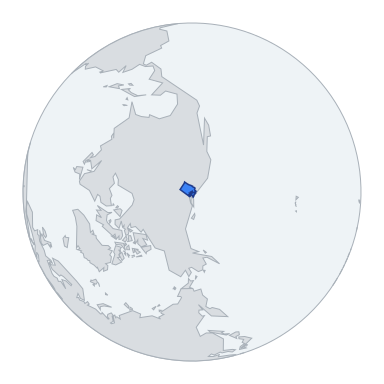 Washington on an orthographic globe, rotated 218°
{"feature_id": "USA-3519", "entity_name": "Washington", "entity_type": "State", "adm_level": 1, "iso_a3": "USA", "parent_name": "United States of America", "parent_adm1": "", "projection": "orthographic", "projection_center": [-122.689, 47.279], "detail": "fine", "context": "on_globe", "style": "filled", "palette": "blue", "viewbox_px": 384, "rotation_deg": 218, "n_neighbors": 0, "source": "natural_earth", "source_scale": "10m", "svg_char_len": 13830}
<svg xmlns="http://www.w3.org/2000/svg" viewBox="0 0 384 384"><g transform="rotate(218 192 192)"><circle cx="192" cy="192" r="169" fill="#eef3f6" stroke="#a8b0b8"/><path d="M55.4,288.1L55.8,289.0L55.7,288.9L55.4,288.1ZM306.7,316.1L318.2,301.8L317.7,300.4L310.9,303.4L303.2,296.8L306.9,288.1L304.5,286.7L312.4,271.0L309.2,263.0L306.1,263.7L303.7,269.4L292.2,269.8L286.8,264.3L244.7,267.3L239.0,264.4L236.7,257.3L211.8,236.1L227.6,257.9L220.0,254.9L211.9,247.6L214.0,245.0L205.3,233.1L197.0,229.0L188.2,212.5L188.1,189.3L192.2,192.5L191.7,186.9L186.5,182.6L183.2,181.3L174.4,158.9L158.0,146.8L150.0,149.2L154.0,144.2L136.8,153.3L126.1,152.4L140.0,149.8L142.8,146.7L136.4,144.0L137.9,140.4L135.6,137.2L138.0,133.2L145.9,132.4L147.6,129.9L143.0,128.2L142.4,123.4L149.0,126.3L148.7,118.3L161.9,116.3L177.5,128.5L186.6,125.2L207.5,132.5L207.4,129.0L215.3,130.0L218.1,126.4L221.2,129.1L220.8,123.9L217.4,122.1L216.1,119.4L217.5,117.2L221.6,120.1L221.6,121.7L223.5,121.4L225.0,123.9L225.0,121.5L229.9,125.6L227.1,118.4L232.7,119.1L235.4,122.7L232.4,126.3L231.1,144.9L232.9,150.3L238.4,154.0L254.6,151.9L257.7,156.5L263.9,159.7L263.5,155.2L258.5,151.1L259.2,143.8L253.0,140.1L252.4,136.7L247.1,131.6L250.9,128.2L257.4,127.8L261.9,132.0L264.9,132.0L263.0,124.9L273.8,130.1L285.0,129.2L287.4,131.2L288.0,140.3L281.9,148.0L282.6,161.2L285.2,148.6L291.3,154.4L293.6,153.9L295.0,151.4L293.9,147.7L296.6,149.0L295.1,161.6L292.6,160.6L293.1,156.5L290.3,160.3L289.3,169.4L292.5,172.0L287.6,184.2L289.8,186.3L290.0,190.4L286.8,186.1L292.5,194.3L287.2,211.7L294.9,226.2L284.1,218.4L278.3,220.3L271.8,224.3L273.0,226.8L262.8,229.6L256.2,238.9L257.5,252.4L264.1,259.9L275.0,255.3L276.5,248.8L283.6,243.7L282.3,259.9L295.2,254.5L296.1,264.7L300.3,267.3L305.9,262.2L311.9,260.3L314.8,251.8L320.1,243.7L321.7,251.1L323.5,241.3L327.2,241.9L336.9,230.2L336.6,232.8L345.0,231.2L351.7,223.1L353.3,225.4L352.7,229.9L354.5,226.5L354.5,228.5L359.4,213.5L359.9,210.7L358.2,222.6L355.6,234.4L352.1,246.0L347.9,257.2L342.8,268.2L337.0,278.7L330.4,288.9L323.2,298.5L315.3,307.6L306.7,316.1ZM104.9,253.3L105.3,249.8L107.3,252.8L104.9,253.3ZM104.0,247.0L104.2,248.4L103.7,247.2L104.0,247.0ZM102.6,245.8L103.6,246.7L102.4,246.0L102.6,245.8ZM100.7,244.6L101.8,245.1L101.6,245.2L100.7,244.6ZM296.1,231.8L310.7,229.4L304.2,235.7L305.1,233.4L301.1,232.9L294.1,234.5L287.9,240.4L296.1,231.8ZM98.1,241.5L97.5,240.7L98.6,240.8L98.1,241.5ZM298.6,219.4L296.2,220.4L298.3,218.8L298.6,219.4ZM181.4,181.3L186.2,183.0L190.4,188.4L186.2,187.3L181.4,181.3ZM173.8,171.4L176.4,171.0L176.7,176.7L175.1,175.2L173.8,171.4ZM143.9,152.0L147.5,153.2L143.5,153.3L143.9,152.0ZM134.9,137.4L133.4,138.3L132.9,136.3L134.9,137.4ZM245.4,133.8L246.2,132.7L246.8,134.2L245.4,133.8ZM242.3,132.7L242.3,135.3L240.9,135.2L240.9,133.6L242.3,132.7ZM136.0,128.5L135.6,125.1L137.4,128.3L136.0,128.5ZM242.6,129.7L238.3,134.6L235.7,134.4L233.6,128.3L242.6,129.7ZM136.3,123.1L135.3,115.3L131.9,116.5L141.0,109.1L138.8,117.9L141.5,121.6L138.3,121.0L136.3,123.1ZM215.8,122.6L219.4,124.3L215.1,124.9L215.8,122.6ZM213.3,123.7L202.1,130.1L197.4,126.7L202.1,125.1L195.1,122.5L198.3,117.5L202.9,117.9L205.3,121.0L204.8,116.8L213.3,123.7ZM146.1,106.4L147.1,104.5L147.6,106.4L146.1,106.4ZM215.3,118.3L213.4,119.8L209.2,116.9L212.2,113.3L212.6,115.4L215.3,118.3ZM191.6,124.3L189.0,121.6L191.0,116.9L190.2,115.2L198.0,117.1L191.6,124.3ZM214.2,115.0L213.8,111.7L217.0,111.1L216.8,116.7L214.2,115.0ZM206.9,117.6L205.1,116.1L207.0,115.8L206.9,117.6ZM228.2,107.7L226.0,109.4L223.7,107.9L228.2,107.7ZM213.4,110.5L212.3,110.7L211.2,110.4L211.6,108.2L213.4,110.5ZM198.8,113.8L200.2,112.4L195.7,112.7L197.0,109.3L202.0,111.3L200.4,109.0L200.8,108.0L204.4,110.8L198.8,113.8ZM208.4,105.0L215.2,106.7L219.7,103.8L221.9,105.0L214.3,109.4L208.4,105.0ZM205.7,108.1L207.9,106.4L209.6,108.6L209.1,111.1L205.7,108.1ZM196.1,106.4L192.9,111.1L191.9,110.5L196.1,106.4ZM209.4,103.7L207.7,103.4L209.5,103.3L209.4,103.7ZM199.8,105.1L198.8,106.7L197.7,106.0L199.8,105.1ZM205.3,101.4L207.5,101.9L207.2,103.5L205.3,101.4ZM202.5,102.7L201.3,101.4L205.8,103.9L202.2,103.6L202.5,102.7ZM198.9,104.1L198.0,104.3L199.5,103.5L198.9,104.1ZM204.9,95.0L210.8,97.7L210.2,101.3L204.7,98.1L204.9,95.0ZM349.9,131.8L349.8,131.7L345.9,122.8L342.9,118.1L314.4,79.7L311.0,74.4L291.5,56.2L289.5,54.5L294.7,57.9L292.2,56.0L301.7,63.5L310.6,71.6L318.9,80.4L326.5,89.8L333.5,99.6L339.7,110.0L345.2,120.7L349.9,131.8ZM259.3,37.0L259.5,37.1L242.7,30.9L227.2,26.7L243.5,31.1L259.3,37.0ZM226.3,26.6L226.0,26.5L233.9,28.8L227.8,27.8L236.4,29.8L234.7,29.0L240.0,30.4L241.9,31.3L239.7,30.8L243.9,32.4L253.5,35.0L252.8,34.5L265.4,40.0L265.4,39.8L269.9,42.1L271.2,43.2L269.2,42.5L274.2,47.8L277.4,48.9L273.0,44.2L275.4,45.7L279.7,47.9L278.4,47.5L282.4,53.0L292.1,60.7L308.7,72.9L313.5,78.6L315.7,83.2L305.4,77.9L295.8,66.0L292.1,64.5L290.4,67.3L287.6,63.6L285.8,63.5L281.8,59.5L272.6,55.1L268.0,51.6L261.0,51.3L257.7,49.7L262.8,50.2L263.9,48.9L252.0,41.6L248.8,40.6L245.1,41.1L242.3,39.3L240.4,40.8L231.9,38.0L240.6,42.9L236.6,44.3L229.6,43.7L229.8,45.1L241.2,46.2L244.3,45.9L244.5,44.2L254.4,45.0L259.2,47.3L254.7,50.2L261.1,54.0L254.8,55.2L228.0,50.7L218.5,48.5L210.1,40.4L214.3,39.5L219.4,41.8L217.8,37.8L216.4,39.0L214.1,37.7L209.7,39.1L207.8,38.2L206.8,41.3L204.0,40.4L204.7,38.5L195.8,40.4L189.1,39.6L188.0,40.5L188.7,41.7L179.8,40.2L179.3,41.0L182.1,41.7L183.0,43.8L181.2,47.0L178.2,46.3L178.5,45.0L174.5,41.6L175.6,38.6L174.2,38.7L172.5,41.2L177.4,45.3L177.1,47.5L174.2,45.6L175.2,46.5L174.2,47.4L170.3,47.7L173.3,49.9L165.7,62.0L157.4,64.2L155.7,60.9L147.2,69.9L138.6,72.5L141.1,73.0L138.8,78.2L141.5,77.4L142.5,78.1L137.8,91.9L134.3,95.0L135.2,102.3L136.5,102.7L139.1,100.8L141.0,109.1L131.9,116.5L129.3,115.1L125.3,121.0L120.1,117.3L114.0,117.2L110.6,110.3L106.0,111.1L105.0,113.4L98.0,116.5L87.1,115.8L100.4,106.3L117.6,107.2L111.0,105.7L113.8,103.2L112.3,101.0L107.5,100.5L106.1,102.2L105.4,88.0L96.6,83.3L94.0,89.7L89.1,93.5L76.8,95.6L69.8,86.4L63.2,92.9L60.7,94.4L61.7,90.8L65.4,88.5L69.3,83.7L71.2,83.2L74.1,77.3L77.0,76.3L77.8,72.5L74.0,75.4L70.4,80.7L69.8,78.4L62.1,86.5L57.8,90.5L58.4,88.6L66.5,78.9L75.2,69.9L84.6,61.5L94.6,53.9L105.2,47.1L116.2,41.0L127.6,35.8L139.4,31.4L151.5,28.0L163.8,25.4L176.3,23.8L188.8,23.1L201.4,23.3L213.9,24.5L226.3,26.6ZM327.2,92.5L328.7,94.0L327.2,92.5ZM204.1,23.5L206.7,23.8L200.9,23.4L200.6,23.7L204.3,24.0L214.2,24.6L210.8,24.1L204.1,23.5ZM337.2,229.7L338.5,229.7L337.1,231.7L337.2,229.7ZM304.3,239.7L306.9,237.9L308.6,238.1L306.8,240.1L304.3,239.7ZM324.2,222.1L326.7,220.2L324.5,223.6L324.2,222.1ZM312.8,228.8L322.1,223.9L317.7,231.3L311.6,234.4L315.3,230.3L312.8,228.8ZM299.3,225.1L301.1,224.5L301.2,226.4L299.3,225.1ZM300.1,218.2L299.5,218.9L298.2,218.2L300.1,218.2ZM291.4,153.7L291.6,152.7L293.5,150.8L293.5,153.0L291.4,153.7ZM296.4,135.7L300.7,138.3L297.7,137.8L298.5,141.1L293.2,144.4L288.4,132.5L291.5,137.1L296.4,135.7ZM284.7,146.0L288.6,144.9L284.5,146.5L284.7,146.0ZM279.5,67.8L279.3,65.9L282.6,66.9L288.3,72.3L283.7,70.8L279.5,67.8ZM278.3,63.1L272.2,65.1L268.4,62.1L271.6,63.4L269.6,61.2L274.2,62.7L276.4,58.3L279.5,59.0L288.5,68.0L283.9,64.5L284.4,66.5L278.3,63.1ZM263.7,78.5L261.0,80.1L256.1,71.4L259.2,70.9L265.1,76.0L265.1,79.6L263.7,78.5ZM239.8,118.3L239.1,120.1L237.9,119.2L237.6,116.9L239.8,118.3ZM227.3,108.6L241.6,109.7L241.5,111.7L250.0,110.4L253.1,115.3L247.5,116.0L256.2,119.0L252.4,121.5L258.3,123.1L245.6,124.0L242.5,126.7L244.8,121.7L242.0,117.1L239.9,115.9L231.6,114.6L223.7,118.5L219.7,114.8L219.0,111.1L220.3,109.6L222.5,112.4L222.6,108.4L226.8,111.4L227.3,108.6ZM212.9,75.1L214.9,78.2L216.0,72.1L220.1,74.4L220.0,73.6L224.1,74.1L228.9,73.5L230.4,75.0L231.6,74.1L234.3,74.6L236.5,73.9L239.9,76.6L242.8,76.0L242.8,77.6L246.9,76.0L245.4,78.4L248.8,79.5L248.5,76.6L261.6,94.1L268.3,100.2L274.8,104.1L271.3,108.1L263.0,107.2L253.0,103.8L247.1,97.6L246.6,100.8L243.6,98.8L245.2,97.1L240.9,98.6L238.9,96.6L230.0,94.6L225.0,98.2L221.6,97.8L222.6,95.3L218.6,96.6L218.1,91.8L215.7,91.4L212.8,86.4L216.0,82.3L213.0,82.2L210.7,78.7L212.9,75.1ZM204.3,93.5L207.2,87.6L210.9,86.1L214.4,95.4L216.7,96.4L219.1,102.7L213.6,104.9L213.5,102.8L212.0,101.4L214.3,101.3L211.4,100.3L211.1,97.5L208.7,96.1L210.3,94.5L204.3,93.5ZM285.6,51.9L283.7,50.5L280.4,48.4L283.1,49.8L285.6,51.9ZM288.5,55.6L286.6,54.1L288.8,54.8L290.7,56.3L288.5,55.6ZM283.7,53.0L286.3,54.0L286.0,54.4L283.7,53.0ZM260.8,49.1L258.5,47.9L259.0,47.5L261.1,47.9L260.8,49.1ZM216.9,58.8L217.4,60.5L216.3,60.6L214.1,64.0L210.9,62.7L210.9,60.2L216.9,58.8ZM213.0,58.0L212.5,59.5L211.1,57.9L213.0,58.0ZM208.4,62.0L206.5,60.5L210.2,63.0L208.4,62.0ZM52.8,96.2L54.3,94.2L54.5,94.1L52.2,97.2L52.0,97.4L52.8,96.2ZM184.4,51.7L191.1,48.1L193.7,45.2L191.8,42.8L197.3,44.8L193.3,49.3L184.4,51.7ZM168.3,60.6L170.0,63.1L167.4,63.4L166.6,62.8L168.3,60.6ZM170.6,61.2L176.2,61.7L176.0,64.0L171.6,63.1L170.6,61.2ZM194.8,58.9L197.0,57.9L198.0,59.1L194.8,58.9ZM52.9,286.1L54.7,288.9L53.1,286.8L52.9,286.1ZM55.7,288.9L53.7,286.6L55.4,288.1L55.7,288.9ZM39.2,264.0L40.3,266.2L40.0,265.8L39.2,264.0ZM38.6,262.8L38.4,262.2L39.1,263.9L38.6,262.8ZM31.2,243.8L31.4,244.1L31.8,245.3L31.2,243.8ZM30.2,240.3L29.3,237.3L29.1,236.7L30.2,240.3ZM29.7,238.3L29.3,236.8L30.6,241.5L29.7,238.3ZM27.5,230.2L28.9,235.8L27.5,230.1L27.5,230.2ZM27.1,228.5L26.4,225.2L27.1,228.5ZM25.0,217.8L26.1,223.7L26.1,224.0L25.7,221.9L25.0,217.8ZM24.0,210.4L24.2,211.5L24.2,211.4L24.0,210.4ZM23.5,204.7L23.9,209.1L24.4,213.6L24.4,213.4L23.5,204.7ZM54.2,104.3L56.4,102.3L55.6,105.1L54.3,105.7L54.2,104.3ZM54.9,113.6L56.1,105.3L57.4,99.1L55.6,101.9L53.3,102.5L57.6,97.2L58.8,99.9L57.3,105.0L59.9,104.4L60.5,107.7L64.7,105.3L65.9,106.6L61.6,110.5L54.9,113.6ZM66.6,104.1L74.2,102.1L71.3,108.7L69.0,110.7L66.8,108.7L68.4,105.2L66.6,104.1ZM75.2,103.6L76.9,100.4L91.5,92.8L93.9,93.0L81.2,101.7L82.1,99.3L79.0,100.1L75.2,103.6ZM145.3,104.5L146.9,104.5L145.3,105.7L145.3,104.5ZM144.1,77.6L145.2,78.7L143.3,79.9L144.1,77.6ZM147.4,82.7L148.8,80.5L148.6,83.1L147.4,82.7ZM151.6,75.7L149.9,79.8L149.7,75.5L151.6,75.7Z" fill="#d9dde1" stroke="#a8b0b8" stroke-width="1"/><path d="M191.9,186.9L202.9,186.6L203.5,194.2L203.7,194.6L203.8,194.9L203.7,195.0L203.9,195.3L199.5,195.6L199.4,195.8L198.4,195.9L198.2,196.0L197.7,196.2L197.3,196.3L197.1,196.5L196.9,196.5L196.6,196.6L196.2,196.5L195.7,196.8L195.4,196.8L195.2,196.9L195.1,196.7L194.9,196.6L194.3,196.6L194.0,196.6L193.8,196.6L193.5,196.8L192.9,197.0L192.5,197.0L192.3,196.9L192.0,196.9L191.9,196.8L191.9,196.7L191.9,196.4L191.8,196.1L191.8,195.8L191.7,195.7L191.4,195.4L191.1,195.2L190.8,195.3L190.6,195.2L190.4,195.0L190.1,195.0L190.0,194.9L189.8,195.0L189.7,194.9L189.6,195.0L189.4,194.8L189.2,194.9L189.2,195.0L189.2,194.5L189.2,193.9L189.3,193.9L189.3,194.1L189.3,194.6L189.5,194.5L189.5,194.4L189.6,194.2L189.4,193.9L189.6,194.0L189.5,193.8L189.5,193.7L189.7,193.8L189.8,193.8L189.8,193.7L189.6,193.5L189.4,193.6L189.2,193.6L189.1,193.1L189.2,193.3L189.3,193.3L189.3,193.2L189.2,193.2L189.3,193.1L189.7,192.9L189.3,192.8L189.3,192.7L189.1,192.7L189.1,192.9L189.1,193.0L189.0,192.7L189.0,192.2L188.9,191.9L188.7,191.7L188.7,191.2L188.6,190.6L188.4,190.4L188.3,190.2L188.2,190.2L188.1,189.9L188.1,189.5L188.0,189.3L188.1,189.2L188.1,188.9L188.0,188.7L188.3,188.7L188.6,189.0L188.8,189.1L189.0,189.1L189.3,189.3L189.5,189.4L189.8,189.4L190.0,189.4L190.2,189.5L190.3,189.4L190.4,189.5L190.6,189.5L190.9,189.5L191.1,189.4L191.3,189.5L191.4,189.8L191.4,189.6L191.5,189.6L191.7,189.8L191.6,189.6L191.8,189.5L192.1,190.2L192.0,190.3L191.9,190.5L191.8,190.8L191.7,190.8L191.8,190.5L191.8,190.3L191.7,190.5L191.7,190.4L191.6,190.5L191.6,190.9L191.3,191.2L191.3,191.4L191.1,191.5L191.1,191.8L191.6,191.7L191.3,191.7L191.2,191.7L191.3,191.3L191.5,191.1L191.9,190.9L191.9,190.6L192.1,190.3L192.1,190.0L192.3,190.2L192.4,190.5L192.2,190.7L192.2,190.8L192.1,190.7L192.1,190.8L192.2,191.1L192.0,190.9L192.0,191.0L192.0,191.3L192.3,191.1L192.3,191.3L192.3,191.7L192.2,191.8L192.3,191.9L192.2,192.0L192.0,191.9L192.1,191.7L191.9,191.8L191.9,192.0L191.9,192.3L191.7,192.1L191.8,192.0L191.8,191.9L191.8,191.7L191.7,191.9L191.5,192.0L191.4,192.3L191.2,192.4L191.3,192.4L191.2,192.5L191.5,192.3L191.4,192.5L191.5,192.4L191.5,192.6L191.6,192.4L191.9,192.6L192.1,192.4L192.2,192.2L192.3,192.0L192.3,191.9L192.5,192.0L192.5,191.9L192.7,191.7L192.6,191.4L192.6,191.1L192.5,190.9L192.6,190.7L192.6,190.3L192.7,190.2L192.9,189.9L193.0,189.8L192.9,189.8L192.7,189.6L192.6,189.2L192.5,189.3L192.4,189.4L192.5,189.5L192.4,189.4L192.3,189.1L192.5,189.1L192.4,188.8L192.2,188.7L192.3,188.6L192.2,188.6L192.0,188.4L192.2,188.5L192.2,188.4L192.3,188.5L192.4,188.3L192.2,188.1L192.3,188.2L192.5,188.2L192.4,188.0L192.4,187.9L192.4,187.7L192.2,187.6L192.0,187.4L191.8,187.3L191.8,187.2L191.9,186.9ZM192.6,189.8L192.7,190.0L192.4,189.9L192.3,190.0L192.2,189.9L192.2,189.7L192.2,189.4L191.9,189.3L191.9,189.1L192.1,188.7L192.2,188.8L192.3,188.9L192.3,189.0L192.2,189.0L191.9,189.2L192.0,189.2L192.2,189.3L192.3,189.9L192.3,189.7L192.6,189.8ZM191.4,188.4L191.5,188.5L191.3,188.5L191.1,188.4L191.0,188.1L191.4,188.3L191.4,188.4ZM191.9,187.9L191.7,188.1L191.6,187.8L191.7,188.1L191.4,188.0L191.6,187.8L191.9,187.9ZM192.5,191.6L192.4,191.8L192.5,191.7L192.4,191.7L192.4,191.8L192.4,191.5L192.4,191.4L192.5,191.3L192.5,191.6ZM191.7,188.3L191.7,188.5L191.8,188.5L191.7,188.6L191.5,188.4L191.6,188.2L191.7,188.3ZM192.4,191.0L192.2,191.0L192.2,190.9L192.3,190.7L192.4,190.8L192.4,191.0ZM191.6,192.0L191.7,192.3L191.5,192.1L191.7,191.9L191.6,192.0ZM191.9,189.6L192.0,189.6L192.0,189.9L191.9,189.7L192.0,189.7L191.9,189.6ZM192.0,192.3L192.0,192.5L191.9,192.4L192.0,192.3ZM192.1,187.9L192.1,188.0L192.1,187.9L191.9,187.8L191.9,187.7L192.1,187.9ZM191.9,188.1L192.0,188.2L192.0,188.3L191.9,188.1L191.9,188.1ZM189.4,194.3L189.4,194.5L189.3,194.4L189.4,194.3ZM190.5,195.2L190.7,195.3L190.5,195.2L190.5,195.2ZM191.2,186.9L191.3,186.9L191.2,187.0L191.2,186.9Z" fill="#3b82f6" stroke="#1e3a8a" stroke-width="1.5"/></g></svg>